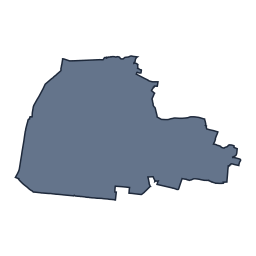 Vladaia, Mehedinti, Romania
{"feature_id": "2599482B98574489737850", "entity_name": "Vladaia", "entity_type": "district", "adm_level": 2, "iso_a3": "ROU", "parent_name": "Romania", "parent_adm1": "Mehedinti", "projection": "robinson", "projection_center": [23.037, 44.369], "detail": "fine", "context": "isolated", "style": "filled", "palette": "slate", "viewbox_px": 256, "rotation_deg": 0, "n_neighbors": 0, "source": "geoboundaries", "source_scale": "gbopen_adm2", "svg_char_len": 5657}
<svg xmlns="http://www.w3.org/2000/svg" viewBox="0 0 256 256"><path d="M226.9,182.0L227.0,180.3L227.3,177.0L227.7,172.2L227.8,170.2L228.3,165.8L229.5,165.9L229.8,165.0L229.9,164.8L230.2,164.6L230.7,164.7L230.8,164.5L230.9,164.0L231.1,163.8L231.3,163.8L231.9,163.8L234.7,164.6L238.8,165.5L238.9,164.5L239.4,162.7L239.6,162.1L239.9,161.6L240.5,160.7L240.6,160.4L240.6,160.0L240.4,159.4L239.3,158.9L235.0,157.7L233.1,157.4L232.7,157.5L232.6,157.1L234.0,156.5L235.1,156.0L235.5,155.7L236.0,155.2L236.3,154.7L236.5,154.0L236.7,153.4L236.8,152.7L236.9,151.7L237.2,148.7L235.9,148.2L234.0,147.4L234.1,145.9L233.2,145.5L231.5,145.0L230.1,144.9L229.1,144.9L228.3,145.4L227.5,146.5L226.9,146.8L225.6,147.2L224.6,147.6L224.3,147.8L224.1,148.1L223.5,148.0L222.4,147.7L221.3,147.3L220.7,146.4L220.1,146.1L218.4,145.5L218.0,145.5L217.3,145.3L216.5,144.8L216.0,144.6L214.9,144.3L213.5,144.1L214.3,142.2L214.6,141.8L215.4,139.4L215.4,138.4L216.4,135.7L217.0,134.4L217.4,133.4L217.7,132.2L218.0,132.0L218.4,131.9L216.8,131.6L213.5,130.6L209.8,129.8L206.7,128.9L206.3,127.3L206.1,126.2L207.0,126.2L205.4,125.4L205.8,124.8L205.8,124.7L205.8,124.4L205.7,123.6L205.1,121.0L204.8,120.2L204.6,119.0L203.8,118.9L200.2,117.8L198.7,117.4L195.0,116.9L193.5,116.8L191.3,116.8L190.2,116.9L189.8,117.0L187.9,117.7L185.6,118.0L182.2,118.3L179.5,118.3L174.8,118.0L173.8,118.1L173.3,118.3L171.1,118.7L169.9,119.0L169.3,119.3L168.3,119.5L167.5,119.6L165.5,119.6L161.4,119.4L159.1,118.1L157.6,117.3L157.1,117.0L157.1,116.4L157.0,115.5L156.0,111.5L155.2,108.1L154.8,107.4L154.0,106.7L153.8,106.4L153.4,105.7L153.2,105.3L153.1,103.7L152.7,102.3L152.6,101.7L152.4,100.3L152.0,99.1L152.2,98.5L152.4,97.9L153.3,96.0L154.1,94.0L154.6,93.2L153.5,92.4L152.4,91.3L151.6,90.8L151.5,90.7L151.6,90.2L152.8,88.5L153.0,88.3L153.4,87.2L154.0,87.3L154.4,86.1L157.3,86.2L158.0,81.8L154.3,81.8L152.8,81.8L152.1,81.7L150.0,81.2L149.4,81.0L148.0,80.3L148.0,80.1L144.7,78.5L136.8,74.4L136.3,74.2L136.6,73.2L136.8,72.7L136.9,72.4L137.1,72.3L137.4,72.3L137.8,72.5L138.5,72.7L139.1,72.9L139.3,73.0L140.7,73.0L140.9,73.0L141.0,72.7L141.1,72.2L141.3,70.8L141.4,70.1L141.2,69.8L140.5,69.7L139.9,69.6L138.4,68.5L137.6,68.4L137.8,67.3L137.8,66.9L137.7,66.6L137.6,65.2L137.8,65.1L137.9,64.8L137.9,64.7L137.7,64.7L137.3,64.1L137.1,64.0L136.7,63.6L135.4,63.2L134.2,63.2L133.9,63.3L134.0,62.7L134.2,62.3L134.6,62.2L134.8,62.1L135.0,61.7L135.1,61.3L135.3,60.0L135.5,59.2L135.8,58.6L136.4,57.7L136.7,57.4L137.1,57.1L137.4,56.9L133.2,56.4L131.5,56.0L131.0,56.0L130.2,56.2L128.9,56.8L128.4,57.0L127.6,57.1L125.6,57.3L124.7,57.5L123.2,58.9L121.1,58.9L120.7,58.7L120.2,58.3L120.0,57.8L119.6,57.3L119.4,57.1L117.9,56.7L117.1,56.7L115.9,57.1L114.5,56.7L113.4,56.6L112.1,56.6L111.2,56.9L110.9,56.7L109.9,57.1L108.7,57.0L108.1,57.4L107.9,57.5L107.6,57.5L107.4,57.4L107.2,57.2L106.8,57.2L106.9,57.6L106.8,57.9L106.6,58.1L106.4,58.1L106.1,57.8L105.3,57.5L104.8,57.5L104.1,58.1L103.8,58.7L103.0,59.8L99.5,59.7L73.9,60.8L69.6,60.9L64.0,59.0L62.9,58.8L62.6,58.8L62.6,59.5L62.1,62.5L62.0,63.4L61.6,65.3L61.5,65.5L61.4,66.4L60.9,68.8L61.0,70.3L60.8,70.7L60.6,71.0L59.1,72.3L57.0,74.1L55.7,75.4L54.8,76.0L53.5,77.1L53.3,77.5L52.5,78.1L51.6,78.7L45.2,84.2L43.2,88.5L39.0,96.4L37.1,99.5L33.8,105.4L33.3,106.9L33.0,108.8L32.7,110.4L32.3,112.8L32.2,114.8L32.1,116.8L31.7,116.9L30.1,116.7L30.0,116.8L29.6,118.1L29.5,119.0L28.6,119.2L28.3,119.5L28.0,120.2L27.7,121.6L26.8,124.8L25.9,128.4L25.7,129.2L25.6,130.4L25.3,131.2L24.5,136.4L23.9,140.8L22.1,151.4L21.6,154.9L20.5,161.6L20.1,164.3L19.2,169.7L19.1,169.8L18.7,171.1L17.2,174.2L16.2,175.9L16.1,176.2L15.9,176.6L15.4,177.4L17.9,178.4L18.7,178.6L18.5,179.1L19.3,180.1L20.4,181.3L22.0,182.9L23.4,184.2L25.4,185.8L27.1,187.1L29.4,189.2L31.3,190.5L32.3,191.0L33.1,191.9L33.7,192.1L34.7,192.1L39.0,192.6L40.3,192.7L40.6,192.8L41.9,193.0L42.7,193.0L48.6,193.5L50.6,193.5L52.6,193.8L54.5,194.0L55.9,194.2L58.0,194.3L62.2,194.7L63.7,194.9L72.3,195.7L73.2,195.8L73.7,195.9L74.2,195.3L74.4,195.5L74.8,195.7L75.2,195.8L75.5,196.0L76.8,196.1L78.2,196.3L78.8,196.2L79.5,196.3L80.2,196.5L81.3,196.5L84.1,196.8L85.0,196.9L85.6,197.1L87.2,197.3L88.6,197.3L89.3,197.5L92.2,197.8L94.5,197.9L96.6,198.2L101.9,198.4L102.8,198.6L105.0,198.8L107.8,199.0L109.2,199.3L111.1,199.4L113.1,199.6L114.2,199.7L114.5,199.9L115.4,200.0L116.3,192.1L114.9,192.0L114.9,190.0L115.1,187.5L115.3,186.2L122.2,186.7L126.3,187.1L129.6,187.5L129.4,188.7L129.2,190.3L129.1,191.9L129.0,192.6L129.0,193.2L131.9,193.4L135.1,193.8L141.1,194.5L141.6,194.4L141.9,194.2L142.9,193.4L143.7,192.8L144.4,192.2L144.9,191.6L145.8,190.8L148.1,188.5L149.6,187.0L150.2,186.3L150.3,186.3L149.9,185.7L149.6,184.7L149.2,183.9L149.1,182.8L149.1,182.3L148.8,181.4L148.6,180.0L148.1,177.8L147.9,177.0L153.1,176.7L153.5,177.7L153.9,178.6L154.1,178.9L154.8,180.6L154.9,181.1L154.8,181.6L155.3,181.3L155.7,180.8L157.2,181.3L157.7,181.1L158.2,181.0L157.9,181.6L157.0,184.4L172.1,187.9L172.4,188.1L173.4,188.2L174.7,188.6L175.6,188.9L176.4,189.3L176.9,189.4L177.4,189.5L177.9,189.4L178.3,189.4L178.6,189.0L180.1,184.4L182.1,178.6L182.5,178.8L183.2,178.8L184.1,179.0L184.7,179.1L185.6,179.2L186.7,179.4L187.2,179.9L187.3,179.9L187.7,179.8L188.3,179.9L189.2,180.4L190.5,180.0L191.0,180.0L192.3,179.4L193.7,178.8L195.5,178.8L198.2,179.1L199.4,179.3L201.0,179.7L204.2,180.3L207.8,180.4L208.2,180.3L208.4,180.4L208.7,180.3L208.8,180.5L209.0,180.6L208.9,180.7L209.0,180.8L209.3,180.8L209.5,180.9L210.6,181.5L211.2,181.6L211.5,181.8L211.6,182.0L212.1,181.9L212.4,182.1L212.5,182.2L215.2,183.0L215.5,183.2L215.9,183.3L216.5,183.2L219.4,183.4L220.8,183.4L223.2,183.3L223.4,183.2L223.6,182.9L223.3,182.2L226.9,182.0Z" fill="#64748b" stroke="#1e293b" stroke-width="1.5"/></svg>